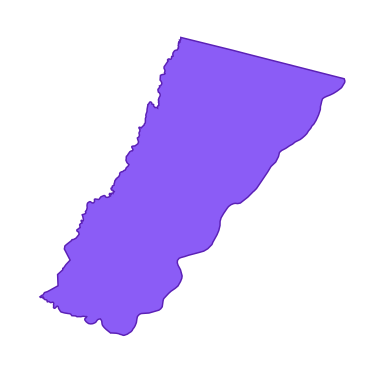 outline of Garay, Santa Fe, Argentina, rotated 8°
{"feature_id": "61730980B46237487976912", "entity_name": "Garay", "entity_type": "district", "adm_level": 2, "iso_a3": "ARG", "parent_name": "Argentina", "parent_adm1": "Santa Fe", "projection": "albers", "projection_center": [-60.292, -31.093], "detail": "fine", "context": "isolated", "style": "filled", "palette": "violet", "viewbox_px": 384, "rotation_deg": 8, "n_neighbors": 0, "source": "geoboundaries", "source_scale": "gbopen_adm2", "svg_char_len": 5909}
<svg xmlns="http://www.w3.org/2000/svg" viewBox="0 0 384 384"><g transform="rotate(8 192 192)"><path d="M223.9,226.4L224.4,221.3L223.9,217.2L224.4,213.5L226.2,209.1L229.1,203.2L230.2,201.3L232.3,199.2L234.8,197.7L236.4,197.2L238.9,197.1L241.4,196.2L248.0,189.3L252.6,183.1L253.4,182.3L255.4,179.6L264.0,162.0L266.7,155.7L270.7,150.7L272.7,144.9L273.1,140.7L275.0,138.4L278.8,135.7L282.1,132.7L284.9,130.6L287.2,128.1L291.9,124.9L293.8,123.0L296.1,120.3L297.6,118.2L298.8,115.4L300.7,112.4L301.5,110.1L303.2,107.8L304.9,103.8L306.6,98.0L307.6,92.5L307.3,89.4L307.6,86.9L307.8,84.0L308.3,81.5L309.8,80.0L312.1,78.5L315.3,76.7L318.4,74.6L321.6,71.9L325.1,68.4L325.8,67.4L327.8,62.7L328.0,61.8L327.9,60.7L327.0,58.7L227.5,47.7L212.8,46.0L159.4,40.5L159.6,42.7L158.5,43.3L158.9,43.8L159.3,44.0L159.3,44.3L158.7,45.1L158.7,45.5L158.3,45.2L158.0,45.2L158.0,45.5L158.4,45.6L158.0,45.8L157.9,46.5L158.0,47.5L158.1,48.0L157.9,48.7L158.1,49.0L158.1,49.4L158.6,50.2L158.2,51.0L158.5,51.7L157.8,52.6L157.6,53.3L157.4,53.5L155.6,54.1L154.7,55.1L153.9,56.8L153.8,58.3L154.3,59.6L154.3,60.2L153.9,60.4L153.2,60.4L153.0,60.6L152.9,61.4L153.2,61.9L152.8,63.2L152.1,63.6L151.6,63.6L150.8,63.4L150.5,63.5L150.1,63.6L149.7,64.0L149.4,64.5L149.5,65.0L150.1,65.4L150.1,65.7L149.6,66.4L149.4,67.1L149.0,67.7L147.6,70.6L147.0,71.6L147.0,73.2L148.3,75.3L148.4,76.4L148.1,77.6L148.2,77.9L148.5,78.3L148.8,78.4L148.7,78.8L148.0,79.3L146.0,79.9L144.5,80.9L144.8,85.4L145.1,86.0L145.9,86.5L146.5,87.5L146.9,88.3L147.0,89.2L146.6,90.2L146.1,90.9L145.0,91.5L145.5,92.4L144.5,94.3L144.0,95.0L144.1,95.9L144.8,97.8L145.7,98.1L146.8,99.6L147.1,100.6L146.8,101.9L146.2,103.5L145.9,105.4L145.9,105.7L146.5,106.6L146.5,107.0L146.2,107.6L146.6,108.2L146.9,109.0L146.8,109.6L147.1,110.6L147.0,110.9L146.3,111.4L146.2,111.6L146.0,112.8L146.2,113.7L145.1,113.2L144.7,113.2L144.0,113.3L143.7,113.6L143.4,113.4L142.0,112.2L141.9,112.0L142.0,111.2L141.8,110.8L141.4,110.6L140.3,110.6L139.8,109.8L139.6,109.2L139.2,108.9L138.7,108.6L138.2,108.6L137.5,109.0L137.0,110.4L136.5,111.2L136.1,111.5L136.2,112.0L136.0,116.2L136.2,118.6L135.6,121.7L135.6,122.5L136.0,123.8L135.6,125.6L136.1,129.5L135.8,130.7L135.3,131.4L135.3,132.2L135.1,132.5L133.4,134.6L132.9,135.5L132.5,135.6L131.8,135.2L130.8,135.2L130.5,135.5L130.8,136.5L131.7,137.3L131.9,139.0L131.4,140.2L131.3,141.0L131.6,142.0L132.1,142.9L131.6,145.0L130.4,146.0L130.5,146.6L132.1,149.9L131.6,151.9L129.1,154.3L127.0,154.8L126.1,155.3L126.3,156.4L126.9,157.0L127.7,158.4L127.2,159.5L126.3,159.7L124.9,160.7L123.7,163.0L122.8,165.0L122.1,165.7L122.0,166.6L122.2,167.7L122.2,169.8L123.5,171.9L124.6,172.9L125.2,173.1L125.7,173.5L125.5,174.4L125.0,175.4L123.6,177.0L122.9,179.5L121.9,180.0L120.4,181.5L119.4,181.8L118.3,182.6L118.0,183.1L117.8,183.9L118.0,184.7L117.9,185.4L117.2,187.2L116.1,188.2L115.7,188.7L115.6,189.3L115.2,189.7L114.7,189.9L114.5,190.9L114.1,191.4L113.9,194.0L113.7,194.8L113.9,195.9L113.7,196.3L112.4,197.1L112.2,198.0L112.2,198.3L112.4,198.7L112.2,199.1L111.4,199.4L111.3,199.6L111.4,200.0L111.8,200.8L112.1,201.2L112.4,201.3L113.1,201.2L113.4,201.4L113.9,201.7L113.8,202.1L114.0,202.3L114.9,202.4L115.0,202.5L114.6,202.9L114.0,203.4L114.1,204.2L114.0,204.5L113.7,204.3L112.7,204.4L111.9,205.0L112.4,205.7L112.4,205.8L111.7,206.0L111.3,205.8L111.2,205.3L111.3,205.0L111.3,204.9L111.0,204.8L110.7,204.9L110.4,205.6L110.5,206.1L110.7,206.4L111.5,207.1L111.7,207.4L110.8,207.9L110.6,208.3L110.1,208.7L108.9,209.1L108.2,209.2L107.0,208.8L106.4,207.9L105.6,207.7L104.8,208.0L103.6,208.8L102.6,209.3L101.7,210.7L101.5,211.3L101.0,212.1L100.4,212.4L97.0,212.4L96.4,212.9L96.8,215.0L96.2,216.3L95.4,216.7L94.1,216.5L92.9,215.8L92.1,215.8L91.3,216.3L90.2,217.4L89.9,218.5L89.9,219.9L90.4,222.3L90.0,225.0L89.4,225.7L89.2,226.4L89.8,227.4L89.5,228.1L88.2,229.0L87.1,229.4L86.4,229.9L87.2,231.3L88.2,234.1L88.3,234.5L88.3,235.3L88.1,235.8L87.8,235.9L86.7,235.4L86.4,235.5L86.2,235.7L86.2,236.1L87.3,237.6L87.4,238.0L86.0,238.8L85.3,240.1L85.4,240.6L85.7,241.1L85.9,242.1L86.1,242.4L86.2,242.7L86.1,242.9L85.5,243.2L84.9,244.1L84.1,244.7L83.3,245.5L83.3,246.0L83.5,246.6L84.5,247.2L85.2,247.4L86.1,249.4L85.7,250.3L83.5,253.9L81.3,255.5L79.8,255.9L79.4,256.9L74.9,261.6L73.6,263.2L73.6,264.8L73.5,266.2L80.8,276.4L77.3,281.4L74.9,286.1L74.7,286.0L74.8,287.1L70.4,292.4L72.4,303.5L62.8,310.7L60.0,312.1L59.6,312.8L59.1,314.1L58.6,314.8L57.6,315.3L56.0,317.0L56.6,317.5L57.0,317.5L58.2,317.1L58.8,317.5L58.8,317.2L58.8,316.8L59.0,316.6L59.6,317.1L59.9,317.5L59.9,317.9L60.1,318.3L60.7,318.6L61.2,319.0L62.9,319.1L63.2,319.3L63.7,319.7L63.8,320.6L63.9,320.8L64.3,320.9L65.0,320.5L65.7,320.4L67.0,321.1L67.6,321.2L68.2,321.0L69.0,320.6L69.6,320.5L70.0,320.7L70.4,321.1L70.6,321.6L70.5,322.6L70.9,324.3L70.9,325.6L71.2,326.0L71.8,326.3L72.5,326.1L74.2,323.9L74.6,323.8L75.1,323.9L75.5,324.3L75.7,324.8L76.1,325.9L76.4,326.3L78.6,328.8L79.5,329.1L82.6,329.5L86.6,329.6L87.5,329.5L88.9,329.8L90.2,331.2L93.9,330.9L95.5,331.5L97.7,331.1L99.2,331.0L101.5,330.2L103.8,330.2L104.7,330.0L105.1,330.1L104.8,331.0L103.6,332.3L103.6,333.5L105.1,335.1L106.7,336.1L108.1,336.7L110.1,336.7L112.1,336.2L113.8,335.2L114.8,334.4L115.8,332.4L116.7,331.3L117.7,330.8L118.9,330.4L120.2,331.8L120.6,332.5L121.3,335.2L122.0,336.6L124.0,338.5L126.2,340.1L131.1,343.0L131.8,342.8L136.6,342.4L139.0,342.5L140.9,343.0L141.7,343.0L143.9,343.5L145.1,343.2L147.9,341.7L148.8,340.8L151.0,338.9L152.0,337.5L152.5,336.1L153.6,334.1L154.3,332.3L155.1,329.0L155.1,325.4L155.3,322.9L156.4,321.2L157.2,320.3L158.7,319.4L166.3,317.8L175.7,313.6L177.3,312.0L178.5,309.8L178.5,303.6L178.8,301.6L183.0,295.6L185.0,293.2L188.8,289.7L191.2,287.0L193.1,282.2L193.9,278.9L193.9,276.5L191.4,270.6L188.4,266.5L187.3,264.2L187.1,261.8L188.5,259.4L190.5,258.3L194.0,256.8L197.4,255.1L208.1,250.6L211.9,248.9L215.5,246.0L219.0,241.3L219.4,240.1L219.4,239.5L222.7,230.9L223.9,226.4Z" fill="#8b5cf6" stroke="#5b21b6" stroke-width="1.5"/></g></svg>